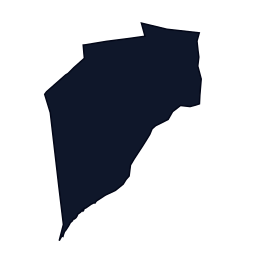 Atar, Adrar, Mauritania, rotated 352°
{"feature_id": "47542326B12791497255333", "entity_name": "Atar", "entity_type": "district", "adm_level": 2, "iso_a3": "MRT", "parent_name": "Mauritania", "parent_adm1": "Adrar", "projection": "albers", "projection_center": [-13.574, 20.45], "detail": "fine", "context": "isolated", "style": "filled", "palette": "ink", "viewbox_px": 256, "rotation_deg": 352, "n_neighbors": 0, "source": "geoboundaries", "source_scale": "gbopen_adm2", "svg_char_len": 1081}
<svg xmlns="http://www.w3.org/2000/svg" viewBox="0 0 256 256"><g transform="rotate(352 128 128)"><path d="M44.2,230.0L46.7,226.7L47.8,225.8L48.5,226.3L49.1,224.8L50.8,221.6L51.8,220.9L55.4,216.8L57.7,213.7L60.1,212.1L60.6,211.2L61.7,210.2L62.2,210.6L63.9,209.6L65.0,208.4L66.3,206.3L68.6,205.1L69.2,204.8L69.8,204.3L70.3,203.8L70.8,203.2L71.1,203.7L71.4,203.2L71.8,202.8L71.9,203.3L72.2,203.7L72.7,203.1L73.6,201.3L74.3,201.5L75.3,201.2L80.7,198.4L83.6,197.4L84.9,197.7L85.3,197.1L86.7,195.8L95.2,191.8L96.6,191.2L106.9,188.0L115.4,182.9L118.9,178.7L122.4,175.7L125.3,165.0L129.1,160.3L129.9,159.3L139.8,148.0L144.6,142.3L148.7,137.3L151.7,132.2L155.6,129.6L168.9,125.1L174.4,118.0L183.1,113.0L192.4,115.4L198.2,114.7L202.1,114.0L203.7,105.6L207.3,89.7L205.7,76.4L208.0,67.6L208.1,60.9L208.4,51.5L211.8,43.7L180.2,35.6L155.9,26.0L157.6,39.5L142.0,39.5L118.8,39.2L97.0,39.7L95.2,39.6L94.7,48.5L94.6,51.1L94.5,52.9L82.5,60.9L82.4,61.0L76.2,65.7L73.6,66.8L52.5,80.7L50.2,83.0L53.2,102.0L51.4,175.2L50.6,214.6L44.2,230.0Z" fill="#0f172a" stroke="#020617" stroke-width="1.5"/></g></svg>